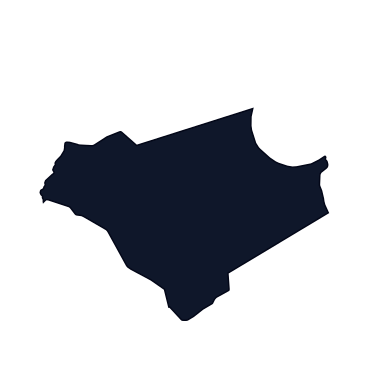 the border of Batha, rotated 59°
{"feature_id": "TCD-1472", "entity_name": "Batha", "entity_type": "Prefecture", "adm_level": 1, "iso_a3": "TCD", "parent_name": "Chad", "parent_adm1": "", "projection": "mercator", "projection_center": [18.213, 14.169], "detail": "fine", "context": "isolated", "style": "filled", "palette": "ink", "viewbox_px": 384, "rotation_deg": 59, "n_neighbors": 0, "source": "natural_earth", "source_scale": "10m", "svg_char_len": 2332}
<svg xmlns="http://www.w3.org/2000/svg" viewBox="0 0 384 384"><g transform="rotate(59 192 192)"><path d="M96.9,259.9L100.9,253.9L101.3,252.9L101.5,251.6L101.0,236.5L101.1,235.9L103.1,223.7L103.3,222.8L103.6,222.1L104.4,221.6L123.6,215.5L151.8,97.0L157.7,102.6L165.6,107.5L169.6,109.2L182.9,112.4L188.2,112.3L190.1,111.9L202.8,108.0L209.3,105.0L212.0,103.2L219.1,97.1L222.5,93.1L224.4,89.4L229.4,75.5L229.5,74.7L230.1,66.7L229.8,60.0L229.9,59.6L230.2,59.4L230.7,59.4L231.3,59.6L232.3,60.6L232.7,60.8L233.4,60.9L234.6,60.6L235.0,60.6L235.8,60.7L238.0,61.4L238.4,61.6L238.9,61.9L239.7,62.6L240.1,63.1L240.3,63.5L240.7,64.9L241.5,71.1L241.6,71.5L241.8,71.8L242.3,72.7L243.1,73.6L251.5,79.1L252.6,79.5L257.6,80.3L265.4,82.8L267.9,83.9L271.3,84.9L280.0,85.9L280.0,193.4L280.0,203.0L294.3,210.3L295.0,210.8L295.2,211.2L294.7,225.4L295.1,226.9L295.6,228.2L297.9,231.8L298.0,232.4L297.9,242.9L299.4,254.7L299.4,261.6L299.2,262.3L298.8,263.3L297.1,266.0L296.6,266.5L296.3,266.7L295.6,266.9L279.2,270.3L278.7,270.5L278.8,270.8L279.3,271.3L261.2,265.7L246.2,272.4L226.8,284.0L223.3,285.6L222.3,285.8L221.3,285.9L182.5,284.4L181.4,284.5L180.1,284.8L157.1,297.5L155.2,298.8L152.3,302.5L151.4,303.2L150.6,303.4L143.4,304.2L142.3,304.4L141.2,304.9L124.5,319.3L123.3,321.1L124.2,324.6L123.7,324.4L123.1,324.1L122.9,323.9L122.3,323.5L122.0,323.4L121.6,323.3L120.3,323.2L119.9,323.1L119.6,322.9L119.1,322.6L118.8,322.4L118.5,322.3L118.1,322.3L117.7,322.4L117.1,322.6L116.7,322.7L116.3,322.7L115.5,322.6L114.8,322.5L114.4,322.4L114.1,322.2L113.9,322.0L113.0,321.1L112.8,320.7L112.7,320.3L112.8,318.5L112.7,318.0L112.5,317.5L112.1,316.9L111.5,316.3L111.3,315.9L110.9,314.9L110.6,314.5L110.4,314.2L110.2,314.0L108.6,313.5L108.3,313.3L108.1,313.1L106.9,311.6L106.7,310.7L105.0,302.5L105.0,301.7L104.9,301.1L104.5,300.4L104.0,300.1L103.6,300.0L103.2,299.9L102.4,300.0L102.0,300.0L101.6,299.9L101.3,299.8L101.0,299.6L100.8,299.3L100.3,298.6L99.8,298.1L99.5,297.8L99.2,297.2L98.6,295.7L98.4,295.3L98.2,295.1L97.9,294.9L97.2,294.6L96.9,294.5L96.7,294.3L96.4,294.0L96.3,293.8L95.8,293.0L95.0,290.6L93.9,286.4L93.7,285.8L90.9,280.5L90.5,280.0L88.6,278.4L87.1,277.5L85.1,275.9L84.8,275.7L84.7,275.3L84.6,275.0L84.6,274.5L84.7,274.1L84.8,273.7L86.5,271.3L92.2,265.8L93.1,265.2L94.1,264.0L96.9,259.9Z" fill="#0f172a" stroke="#020617" stroke-width="1.5"/></g></svg>